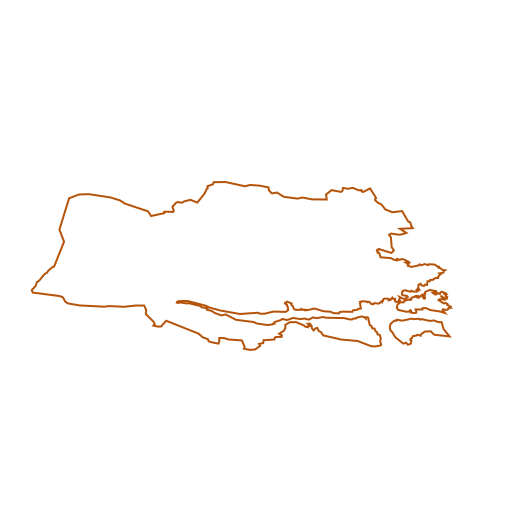 Hjelmeland nor, Rogaland, Norway (Equal Earth projection), rotated 195°
{"feature_id": "86288312B13309254360301", "entity_name": "Hjelmeland nor", "entity_type": "district", "adm_level": 2, "iso_a3": "NOR", "parent_name": "Norway", "parent_adm1": "Rogaland", "projection": "equal_earth", "projection_center": [6.272, 59.206], "detail": "fine", "context": "isolated", "style": "outline", "palette": "amber", "viewbox_px": 512, "rotation_deg": 195, "n_neighbors": 0, "source": "geoboundaries", "source_scale": "gbopen_adm2", "svg_char_len": 5996}
<svg xmlns="http://www.w3.org/2000/svg" viewBox="0 0 512 512"><g transform="rotate(195 256 256)"><path d="M451.5,263.4L452.7,230.6L445.1,220.1L448.3,193.6L449.9,192.4L452.8,188.2L453.5,185.9L455.7,183.6L459.0,176.1L460.8,174.1L461.2,169.8L463.8,165.0L462.1,162.9L435.2,166.5L431.7,166.0L428.5,162.6L425.6,161.5L413.6,162.6L389.3,167.8L384.6,169.7L370.3,172.8L359.2,177.1L351.2,179.2L348.1,175.4L347.4,171.4L337.9,166.0L336.1,163.8L337.1,162.2L332.4,162.4L329.4,163.4L326.0,170.2L291.6,166.2L286.1,163.6L280.9,163.2L279.6,161.3L275.7,161.2L269.5,161.7L269.4,164.2L270.3,167.3L269.8,167.5L265.4,168.5L261.2,168.2L247.9,170.8L243.5,165.5L243.6,163.3L240.7,163.5L237.3,163.8L232.7,165.5L228.8,170.1L230.3,171.9L226.5,173.7L226.9,176.6L216.6,180.1L216.7,181.9L216.0,182.8L210.3,184.6L210.5,186.1L213.5,186.9L209.6,191.2L209.0,194.3L209.9,197.0L206.2,200.8L200.1,202.5L191.9,201.4L190.1,200.5L187.4,200.7L187.7,201.6L186.1,202.4L186.5,203.4L188.2,204.0L186.7,204.6L184.3,203.0L183.6,201.0L181.1,199.0L179.5,201.7L178.1,202.4L176.0,199.8L173.8,199.4L170.4,196.7L151.8,197.4L135.9,200.2L121.5,198.7L117.3,199.5L112.6,201.8L112.1,202.7L114.1,205.9L114.1,208.7L116.1,211.8L118.4,211.8L119.1,213.4L121.2,214.5L122.7,216.5L125.0,216.2L126.1,218.1L128.2,218.7L131.8,225.5L133.6,225.5L134.5,224.7L134.2,224.2L136.2,225.1L138.7,224.8L143.2,222.2L143.4,221.4L145.7,220.9L146.6,219.7L148.9,219.0L154.9,218.8L172.4,214.5L175.4,214.4L181.6,211.6L185.1,211.4L188.6,208.2L193.1,208.1L196.9,206.5L204.1,205.8L209.3,202.2L214.4,202.0L215.5,200.5L220.7,197.2L221.1,196.8L220.6,195.5L221.9,195.2L222.1,194.3L227.5,192.2L238.1,191.0L241.1,191.6L258.8,189.2L270.2,191.7L273.8,189.7L281.1,190.3L284.7,191.5L289.6,191.4L289.9,191.9L289.1,192.3L289.9,192.9L295.3,192.4L297.2,193.3L309.2,193.0L310.1,192.3L316.8,191.6L319.5,190.4L320.5,190.5L320.4,191.2L319.0,192.4L310.7,194.8L291.7,195.0L287.7,194.2L276.7,194.1L256.6,195.8L239.4,201.7L237.2,201.3L232.7,202.5L224.8,206.8L212.9,209.7L210.9,212.0L212.4,215.5L214.0,216.4L213.3,216.3L213.5,216.9L215.8,217.7L215.8,218.5L214.6,218.7L214.2,220.0L209.3,219.4L209.3,218.1L207.6,217.2L205.5,214.6L203.5,214.3L197.6,216.0L198.0,216.5L194.5,216.3L194.6,216.8L192.4,217.0L185.9,220.4L176.6,220.1L169.5,221.5L166.7,220.8L161.0,222.1L160.6,223.6L157.4,224.8L148.5,227.0L148.1,228.8L144.5,230.1L143.6,231.4L141.1,232.4L143.4,237.3L142.5,238.9L143.0,239.0L142.0,239.6L138.6,240.5L136.5,240.2L136.1,240.9L134.7,241.0L132.0,239.4L130.2,239.8L130.2,240.5L129.1,241.2L125.4,241.7L124.1,242.8L123.2,244.4L122.8,244.2L123.0,244.7L121.7,245.4L121.9,247.0L121.1,248.0L117.5,248.9L116.4,248.7L116.4,247.6L114.8,248.2L113.6,251.1L112.4,250.1L110.6,250.6L110.6,249.4L109.7,248.0L106.7,248.4L105.6,250.1L106.6,250.4L105.9,252.7L106.8,253.6L102.5,252.7L100.5,253.7L98.8,255.8L99.8,256.5L104.4,256.1L105.3,257.2L105.4,260.2L103.1,261.5L98.0,261.4L97.3,261.6L97.1,262.6L95.2,262.3L91.6,263.1L90.9,264.0L91.4,264.4L90.5,264.5L91.0,265.3L91.7,265.2L91.6,265.7L89.7,265.9L91.1,267.1L91.6,270.3L89.8,271.8L88.8,270.6L86.0,270.5L85.2,272.2L83.3,272.3L83.8,276.0L81.6,276.5L81.7,277.8L78.8,278.9L79.1,278.5L78.7,278.9L78.3,279.4L78.4,279.9L77.0,281.1L74.4,281.9L74.5,284.0L73.0,286.2L74.3,286.7L71.1,288.1L70.6,288.8L70.8,290.3L69.9,291.1L72.7,290.9L74.2,291.8L76.8,292.0L76.6,293.0L78.5,292.9L80.9,294.0L86.9,292.8L87.5,291.7L90.8,291.9L94.1,289.8L95.8,290.3L96.6,288.9L103.0,285.7L106.8,285.9L106.7,286.9L108.3,287.8L106.6,288.1L106.2,289.1L109.5,288.8L108.0,290.1L112.0,290.9L114.3,290.8L116.2,289.5L120.0,289.8L117.9,288.9L118.3,288.3L121.8,288.1L125.1,288.9L135.3,287.0L137.9,290.8L139.3,290.7L139.2,291.4L140.7,292.4L140.4,293.6L139.0,294.0L140.0,294.6L125.9,294.0L124.3,297.0L127.3,299.8L130.5,308.9L132.9,310.9L131.5,312.6L123.1,313.6L120.4,314.9L116.8,317.2L124.0,319.5L111.8,323.5L113.9,325.4L115.8,328.5L117.9,328.7L126.5,337.2L135.5,333.6L143.1,334.4L148.1,338.2L152.0,339.0L155.3,340.7L155.7,342.0L155.0,342.8L155.9,344.0L163.3,350.8L169.2,345.5L170.8,345.9L171.1,346.9L173.9,346.0L180.1,346.9L185.0,344.6L189.2,344.4L189.7,344.0L189.3,341.5L190.5,339.9L200.0,339.2L204.3,333.5L202.3,328.9L216.5,325.2L226.3,324.5L230.7,322.2L244.3,320.4L252.2,322.7L256.7,320.6L260.4,322.6L261.7,325.5L270.8,324.9L280.3,323.0L284.6,320.5L304.3,319.6L315.9,316.4L316.2,314.1L320.9,310.8L320.2,308.8L320.8,308.5L321.9,302.9L326.5,292.4L333.9,293.3L339.5,290.2L341.3,288.3L345.7,287.8L346.9,286.9L349.5,281.9L347.2,278.5L347.5,277.1L355.3,275.3L356.2,274.7L355.6,273.9L356.1,273.4L367.7,267.5L371.9,271.2L396.3,272.7L401.7,274.5L411.7,274.9L433.3,272.5L442.7,269.7L451.5,263.4ZM59.7,240.2L62.5,239.3L67.5,239.8L71.1,238.3L79.5,237.9L81.3,237.0L82.5,237.5L87.8,235.7L89.4,235.8L98.0,231.4L103.6,230.9L103.7,229.7L105.6,229.4L108.5,225.3L108.2,221.6L107.0,219.0L104.8,217.8L100.3,213.5L91.1,209.5L88.5,211.1L86.2,209.6L83.8,211.4L84.0,214.4L85.0,214.7L85.4,215.7L84.1,216.9L83.8,219.1L80.5,220.7L80.0,221.6L76.3,221.7L76.5,222.8L73.6,226.6L67.9,228.5L63.4,226.1L48.2,228.4L55.9,234.0L59.7,240.2ZM91.9,241.5L88.2,241.8L86.6,242.8L87.2,245.3L88.8,245.6L81.9,247.2L81.4,247.5L81.7,248.6L78.5,249.7L73.7,248.9L64.2,250.0L58.7,249.8L61.7,251.9L61.6,252.9L58.0,253.2L56.6,254.3L56.7,255.5L54.7,256.3L55.2,256.5L54.8,257.4L58.6,258.3L58.5,259.1L60.5,259.8L62.3,258.8L68.3,260.6L68.3,261.2L66.3,262.1L63.0,262.6L67.4,265.5L62.7,263.9L61.0,264.1L61.3,264.8L60.6,264.9L60.7,265.9L62.4,266.4L62.8,267.4L62.2,268.0L63.2,268.1L62.4,268.5L62.9,269.0L67.2,269.6L68.5,268.5L68.6,266.9L71.1,267.2L71.9,265.5L73.5,265.2L75.8,266.2L72.5,267.8L73.0,268.7L79.5,268.1L83.1,265.2L83.5,263.5L82.7,263.0L83.0,261.5L83.8,261.6L81.9,259.7L82.0,258.5L83.1,258.4L84.3,259.6L83.8,259.6L84.2,261.1L85.1,261.2L86.3,260.7L87.9,257.8L89.7,257.8L89.4,258.5L89.9,258.6L88.5,258.6L89.0,259.3L91.7,258.6L91.9,257.8L94.5,256.3L94.9,254.6L95.6,254.6L95.3,253.6L98.0,253.2L101.3,250.6L101.5,249.4L104.5,248.7L106.7,245.8L106.6,242.5L104.7,240.7L96.3,241.1L93.8,241.9L93.0,243.6L92.0,243.2L91.9,241.5Z" fill="none" stroke="#b45309" stroke-width="2"/></g></svg>